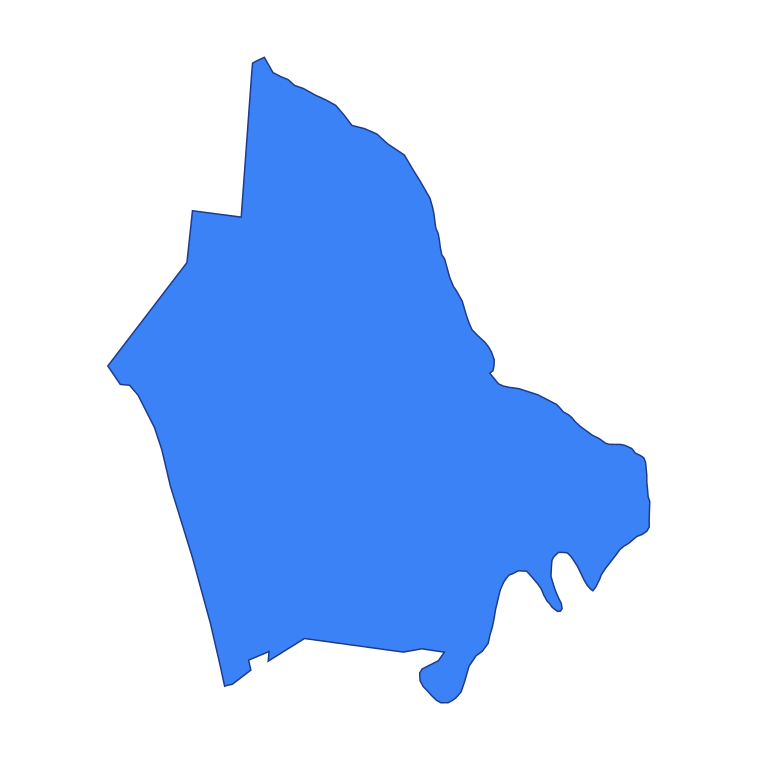 Kuala Langat, Selangor, Malaysia (Equal Earth projection), rotated 185°
{"feature_id": "92858781B2422133740592", "entity_name": "Kuala Langat", "entity_type": "district", "adm_level": 2, "iso_a3": "MYS", "parent_name": "Malaysia", "parent_adm1": "Selangor", "projection": "equal_earth", "projection_center": [101.422, 2.81], "detail": "fine", "context": "isolated", "style": "filled", "palette": "blue", "viewbox_px": 768, "rotation_deg": 185, "n_neighbors": 0, "source": "geoboundaries", "source_scale": "gbopen_adm2", "svg_char_len": 2311}
<svg xmlns="http://www.w3.org/2000/svg" viewBox="0 0 768 768"><g transform="rotate(185 384 384)"><path d="M516.4,69.0L513.4,70.3L509.0,71.6L491.7,87.4L494.8,97.1L475.2,107.5L475.2,97.8L441.1,123.5L341.3,118.6L323.3,123.5L300.5,122.1L305.7,113.1L321.2,103.4L323.3,99.2L322.2,91.5L318.6,86.0L314.5,82.5L309.3,77.6L304.2,73.5L299.5,71.4L292.3,72.1L288.1,74.9L285.0,77.6L280.4,83.9L277.8,94.3L274.7,110.3L268.5,121.4L262.8,126.3L257.7,134.5L256.5,143.7L254.8,151.7L253.8,161.1L253.2,169.1L252.2,175.8L251.2,182.9L250.2,189.1L248.9,193.1L247.2,197.6L244.9,201.6L242.6,204.7L239.6,206.0L234.0,209.6L225.7,210.0L220.8,205.6L212.8,197.6L209.2,193.1L206.5,187.8L202.6,182.0L199.6,179.3L197.0,176.2L194.3,174.4L191.3,172.6L188.4,173.1L187.0,175.8L188.4,181.1L191.7,186.4L194.6,191.8L197.0,197.1L200.9,206.9L201.3,217.1L201.3,222.9L199.9,226.5L197.6,229.1L195.6,231.4L191.7,231.8L189.4,231.8L186.7,231.8L182.4,228.2L175.5,219.4L167.5,206.0L163.9,201.1L160.3,197.6L157.9,196.2L155.3,200.2L152.0,208.7L151.0,212.7L149.3,215.8L147.4,219.4L137.4,234.9L134.5,239.8L130.8,243.4L126.5,246.5L121.6,251.4L118.9,254.1L113.6,256.7L109.3,260.3L107.3,264.7L108.0,271.8L109.0,290.1L111.0,294.5L112.3,302.1L113.6,308.8L114.3,316.3L116.6,328.8L118.9,333.2L122.2,335.0L127.8,337.2L131.5,341.3L138.8,343.9L143.4,344.4L154.3,343.5L158.3,344.4L164.9,348.4L171.8,351.0L178.4,355.0L185.0,359.0L190.3,363.1L193.6,366.6L197.3,369.3L203.2,372.0L206.2,375.1L210.2,378.6L229.7,386.6L249.2,391.1L256.1,391.5L258.5,391.5L265.1,392.4L270.0,394.2L279.6,404.0L276.6,406.7L276.0,411.6L276.3,417.8L279.6,424.9L282.9,429.8L286.9,434.2L291.5,437.8L295.5,440.9L301.1,445.8L304.1,451.2L307.4,458.3L309.7,464.1L313.3,473.4L316.7,478.3L319.6,482.7L323.3,487.2L326.6,493.4L327.9,496.1L334.5,513.9L337.8,517.9L339.8,525.0L341.5,532.6L343.1,538.4L346.1,544.1L349.1,557.9L351.0,564.2L354.4,573.1L365.6,589.1L373.9,600.2L383.6,613.8L401.4,623.6L412.7,632.3L425.6,636.7L438.5,638.8L447.4,648.6L456.3,657.3L465.9,661.6L478.1,666.0L490.2,671.4L499.0,673.6L506.3,679.0L513.6,681.2L521.7,684.5L531.7,699.0L538.7,695.0L542.9,692.2L542.9,683.2L540.8,537.8L589.9,539.9L590.9,487.8L660.7,377.9L646.7,360.6L637.4,360.6L628.1,351.5L609.0,320.9L599.7,299.4L587.8,263.4L559.7,194.4L536.2,130.8L523.0,90.3L516.4,69.0Z" fill="#3b82f6" stroke="#1e3a8a" stroke-width="1.5"/></g></svg>